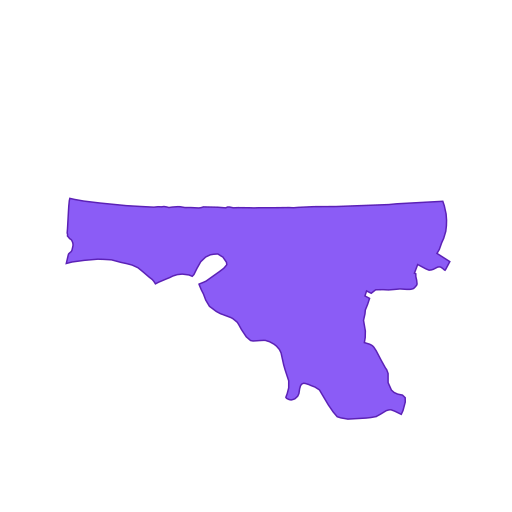 the district of Ngu Hanh Son, Đà Nẵng, Vietnam, rotated 292°
{"feature_id": "81297802B96824977906351", "entity_name": "Ngu Hanh Son", "entity_type": "district", "adm_level": 2, "iso_a3": "VNM", "parent_name": "Vietnam", "parent_adm1": "Đà Nẵng", "projection": "natural_earth1", "projection_center": [108.243, 16.007], "detail": "fine", "context": "isolated", "style": "filled", "palette": "violet", "viewbox_px": 512, "rotation_deg": 292, "n_neighbors": 0, "source": "geoboundaries", "source_scale": "gbopen_adm2", "svg_char_len": 3294}
<svg xmlns="http://www.w3.org/2000/svg" viewBox="0 0 512 512"><g transform="rotate(292 256 256)"><path d="M137.4,391.5L137.7,395.3L139.2,402.3L147.0,418.8L149.2,422.9L152.3,427.8L152.7,428.0L156.0,430.7L161.4,434.7L163.2,437.0L164.0,438.8L164.1,442.7L163.6,450.0L167.7,450.2L176.5,449.1L180.5,447.4L181.9,443.9L181.0,439.0L181.2,435.1L182.4,431.8L188.1,425.9L196.5,422.5L199.6,419.7L200.7,417.9L206.3,411.0L213.1,403.0L215.6,399.4L216.2,398.1L216.5,397.1L216.7,395.8L216.8,394.2L216.3,388.9L221.3,387.8L227.4,385.5L236.6,379.8L243.2,378.7L246.9,377.6L253.0,377.6L259.2,377.2L259.8,372.0L262.3,371.8L265.0,371.6L264.6,376.8L269.5,379.6L272.4,386.4L274.2,391.6L276.7,396.6L279.4,401.8L281.5,408.2L282.9,411.6L283.9,413.1L284.9,414.3L287.2,415.3L289.2,415.9L290.4,415.8L293.8,414.0L296.8,411.9L299.4,410.8L299.4,409.3L308.7,409.1L308.3,412.8L307.7,418.4L307.7,421.8L308.8,423.8L310.1,425.4L313.7,428.5L314.6,430.0L314.9,431.4L314.4,433.8L313.7,435.7L313.6,436.6L314.8,436.9L323.4,437.8L326.2,422.8L330.7,423.5L337.8,423.2L342.7,423.4L350.0,422.7L355.4,421.2L360.5,419.3L366.2,416.5L373.2,411.7L376.7,408.7L357.1,366.9L353.4,359.8L331.8,311.6L323.4,291.1L316.7,276.5L314.8,272.8L313.3,268.5L307.9,255.6L301.7,240.3L299.8,236.1L298.4,232.2L294.1,221.2L292.2,217.0L291.5,213.1L290.8,211.3L289.3,209.9L289.1,209.3L287.0,202.6L281.8,188.8L280.3,187.0L279.1,185.0L276.4,177.1L274.3,172.0L273.3,167.3L272.5,165.1L270.0,160.0L268.3,157.1L268.0,154.7L267.4,152.1L266.2,150.0L265.0,146.7L263.0,143.0L258.6,130.2L254.1,116.9L246.7,91.6L242.4,75.7L240.5,66.7L239.7,61.8L237.3,62.2L233.9,63.2L232.5,63.6L227.7,65.2L219.5,68.0L211.0,70.9L206.6,72.3L206.1,72.7L205.6,73.1L205.2,73.3L203.9,73.7L203.5,74.5L202.8,75.9L202.7,76.0L202.4,76.4L202.2,76.9L202.2,77.4L202.1,77.9L201.9,78.5L201.6,79.1L201.0,79.8L200.1,80.7L199.8,81.0L199.1,81.5L198.5,81.8L198.2,82.0L197.2,82.4L195.5,82.7L193.0,83.1L192.2,83.2L191.5,83.1L190.9,83.0L189.1,82.1L188.3,81.7L187.8,81.5L187.5,81.5L187.0,81.5L186.2,81.6L178.0,82.9L181.6,87.8L187.7,98.5L191.0,105.0L193.8,110.5L195.0,113.8L195.7,115.7L198.3,123.4L199.5,133.3L200.5,139.0L200.9,142.1L201.1,143.6L201.2,144.9L200.9,151.0L198.8,157.7L196.4,164.8L195.3,168.7L194.2,170.8L192.5,173.2L195.2,175.5L201.1,181.4L203.6,184.0L206.2,186.3L209.2,189.9L211.6,194.4L213.3,200.9L213.3,204.5L215.6,205.4L222.4,205.9L230.0,206.9L236.2,209.7L240.0,213.2L241.8,216.1L243.6,219.8L243.2,222.1L243.0,223.0L242.6,225.7L239.1,231.0L237.3,232.0L237.0,232.2L234.8,231.5L232.5,230.7L227.8,227.9L220.3,223.1L214.0,219.1L211.9,217.1L208.6,213.7L208.4,213.8L204.3,217.8L201.1,221.5L196.3,225.9L191.9,231.7L189.7,240.0L189.2,244.6L189.5,255.6L189.3,257.8L188.4,260.8L187.5,263.5L186.0,265.6L182.4,270.0L177.4,277.3L175.6,282.6L176.1,285.1L178.2,289.5L178.9,290.9L180.8,295.0L181.3,296.5L181.4,298.4L181.6,300.6L181.0,305.7L180.1,308.8L178.1,312.7L175.6,315.5L165.5,322.4L161.4,325.6L152.5,333.1L146.0,335.7L140.0,336.5L136.2,336.6L135.5,337.6L135.4,338.5L135.3,339.8L135.4,341.4L135.8,342.7L136.8,344.0L138.1,345.5L140.1,346.5L141.7,347.2L144.6,347.3L149.3,346.2L152.2,345.9L152.9,346.0L153.8,346.2L154.3,346.4L155.0,346.9L155.9,347.9L156.3,349.6L156.6,353.0L156.5,355.4L156.6,359.8L155.6,365.0L152.3,369.3L145.0,378.9L140.3,386.0L137.4,391.5Z" fill="#8b5cf6" stroke="#5b21b6" stroke-width="1.5"/></g></svg>